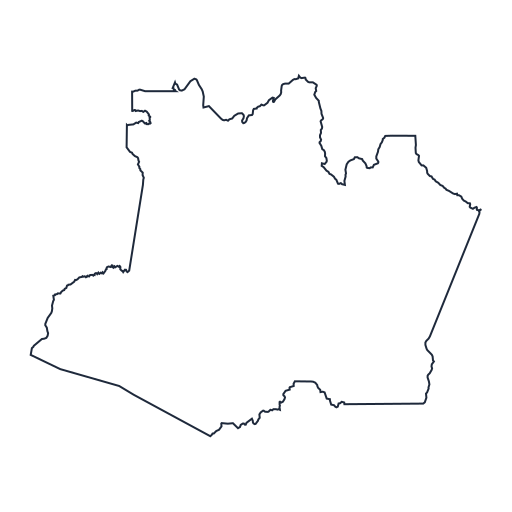 the border of Amazonas
{"feature_id": "BRA-592", "entity_name": "Amazonas", "entity_type": "State", "adm_level": 1, "iso_a3": "BRA", "parent_name": "Brazil", "parent_adm1": "", "projection": "natural_earth1", "projection_center": [-64.603, -3.801], "detail": "fine", "context": "isolated", "style": "outline", "palette": "slate", "viewbox_px": 512, "rotation_deg": 0, "n_neighbors": 0, "source": "natural_earth", "source_scale": "10m", "svg_char_len": 6003}
<svg xmlns="http://www.w3.org/2000/svg" viewBox="0 0 512 512"><path d="M194.4,78.7L196.3,79.4L196.9,80.2L198.9,84.9L201.7,89.2L202.7,91.5L203.8,96.6L203.2,105.2L203.5,107.5L208.9,106.1L221.0,118.6L222.6,119.9L224.1,120.3L226.1,119.8L228.0,120.7L229.4,119.3L232.2,118.5L234.3,115.8L238.1,113.5L241.9,113.2L243.5,114.8L243.9,116.1L243.5,118.2L242.1,120.5L242.2,121.9L243.3,123.2L244.4,122.9L245.6,122.0L246.6,120.4L247.0,118.2L248.8,115.4L252.0,115.0L252.7,114.0L253.1,110.3L253.8,108.9L256.7,108.5L256.8,107.8L258.1,106.7L259.9,106.2L261.4,104.6L263.2,105.3L264.2,105.3L267.5,102.8L268.9,100.2L272.5,97.6L273.7,97.9L272.9,101.0L273.0,101.7L273.5,102.0L274.0,101.8L275.3,99.4L279.7,95.5L280.7,94.1L281.2,92.3L281.1,90.5L281.7,86.0L282.1,85.0L283.2,84.1L285.1,83.6L288.7,83.6L292.9,79.9L294.4,79.1L295.7,79.2L298.2,78.4L298.9,75.8L300.2,77.5L301.4,78.1L305.0,77.6L305.5,78.1L305.7,79.5L308.1,81.9L309.2,82.3L312.8,82.3L316.6,84.8L316.8,85.8L315.7,88.2L316.2,91.0L315.2,92.0L314.3,94.7L316.1,97.9L318.8,100.8L318.8,101.9L320.4,108.4L321.4,111.0L321.5,113.8L323.1,117.9L323.1,118.5L322.7,119.2L321.0,120.5L320.6,121.3L322.2,127.0L321.9,128.6L320.8,130.0L321.0,132.9L320.0,135.2L320.0,137.3L321.1,139.7L320.6,141.3L319.7,142.0L319.5,142.9L321.3,145.8L322.3,149.2L323.9,150.2L324.8,151.8L325.1,153.5L325.0,156.2L326.4,158.1L326.8,160.7L326.6,161.7L324.7,164.0L321.9,163.3L321.7,165.9L323.6,167.1L326.5,170.7L328.4,171.8L329.5,173.9L331.0,174.4L333.9,176.7L335.1,178.8L336.3,179.7L338.0,183.7L339.0,183.9L340.8,183.1L342.0,184.2L344.9,184.9L344.4,180.9L345.6,176.6L345.5,174.8L346.0,173.4L345.4,169.7L346.7,164.3L348.4,161.8L350.4,160.4L353.9,159.1L354.8,157.3L357.4,157.2L358.9,158.3L362.2,159.1L362.7,160.5L365.4,163.4L366.6,166.2L366.7,167.5L367.2,167.9L369.7,168.2L370.7,167.4L372.7,167.4L373.9,164.8L377.9,163.3L378.3,162.6L378.3,161.6L376.3,158.6L376.3,156.4L378.0,151.7L378.3,149.3L379.7,147.0L380.5,144.1L381.8,142.4L382.7,140.2L382.8,139.0L384.5,137.6L385.0,136.2L385.6,135.9L392.2,135.7L415.3,135.8L415.9,145.0L415.5,147.7L415.8,153.0L416.5,154.1L418.4,155.1L419.0,155.9L418.4,160.3L418.8,162.0L421.6,165.4L423.4,165.4L426.2,167.8L427.1,171.0L427.2,172.8L427.7,173.8L429.9,176.1L431.5,176.4L433.0,178.9L434.6,179.6L435.7,181.3L438.3,182.8L440.3,185.0L442.6,185.9L444.3,187.9L445.6,188.6L446.4,189.8L449.0,190.9L453.1,193.5L454.9,194.1L457.0,193.7L457.3,195.2L458.9,195.2L461.3,196.6L462.2,198.8L463.8,200.6L465.7,201.5L467.8,203.2L469.9,203.3L470.2,204.2L469.7,206.8L470.3,207.6L472.9,208.8L474.5,207.7L476.5,207.0L476.9,207.7L476.8,209.4L477.0,209.9L479.1,210.3L481.3,209.2L479.0,211.3L479.5,212.3L479.3,213.9L429.9,336.4L428.6,338.6L426.3,340.9L425.4,342.5L425.4,344.9L426.6,348.8L427.3,350.1L431.8,354.7L432.6,356.4L433.0,360.4L433.9,361.5L431.8,364.3L431.5,366.4L432.1,368.4L431.6,370.0L429.7,373.3L428.2,374.7L427.6,375.8L427.6,377.6L428.9,381.4L429.4,384.4L428.5,387.4L428.6,388.6L427.1,392.4L426.0,393.6L426.4,397.7L424.8,402.3L423.2,403.6L344.4,404.2L344.2,402.5L341.7,401.8L340.2,403.2L338.6,403.5L337.8,406.6L336.5,407.3L335.4,406.8L334.0,405.2L331.2,404.6L329.9,400.4L329.9,399.2L326.7,398.6L324.6,392.4L322.7,391.7L320.5,392.1L320.2,389.8L318.1,387.8L317.4,386.2L317.2,385.0L315.3,382.7L313.1,381.7L311.2,381.5L294.9,381.3L293.6,383.7L293.7,386.0L289.8,387.2L289.5,387.8L289.7,389.6L285.6,390.8L283.3,394.1L283.4,395.3L284.6,396.4L285.0,397.5L284.4,399.3L282.9,401.7L281.1,402.6L280.0,401.7L279.6,402.0L279.6,404.7L279.9,405.6L279.5,407.1L279.9,409.8L278.5,409.2L277.5,409.6L276.0,409.2L273.4,409.2L272.2,410.3L270.4,409.8L268.5,411.7L267.7,411.9L265.0,411.7L263.7,410.7L263.0,410.7L260.7,412.4L259.4,414.4L259.7,417.8L258.3,419.5L258.0,420.7L255.6,423.9L254.6,424.1L253.4,423.3L252.9,422.3L252.8,420.8L251.9,418.7L246.5,422.8L245.7,424.7L244.9,424.7L243.8,423.5L242.9,423.5L240.7,424.9L240.0,427.0L238.0,428.2L232.9,423.2L227.8,423.7L221.7,423.1L221.3,423.6L221.5,426.4L219.0,429.8L216.3,431.0L213.8,433.5L212.6,433.5L211.7,434.9L210.3,436.2L133.8,394.8L119.2,386.0L60.2,369.1L30.7,354.9L31.9,348.1L33.3,346.9L33.8,345.8L41.9,339.0L44.2,338.7L46.3,337.9L47.6,335.8L48.1,333.2L47.4,331.2L46.8,327.6L45.3,325.3L45.3,323.9L47.7,317.9L51.3,312.9L51.9,311.2L52.3,308.4L52.0,305.6L53.2,301.1L53.9,299.8L53.3,295.7L54.9,295.2L55.0,294.5L57.1,294.1L57.7,293.4L60.4,293.5L61.2,292.0L62.9,290.5L64.2,290.1L64.7,288.8L66.3,288.0L67.0,285.6L68.1,285.2L68.4,284.7L70.5,284.5L74.2,281.7L75.1,279.9L76.0,280.1L77.5,279.3L79.3,277.4L82.1,276.9L82.5,276.2L83.6,276.7L84.7,276.3L85.6,277.0L86.9,276.2L86.8,276.8L88.0,276.2L89.2,276.4L89.7,275.3L90.4,275.0L92.7,274.9L93.3,275.6L94.2,274.9L94.6,275.0L94.8,273.7L95.9,273.1L96.5,273.2L97.2,274.1L98.3,272.7L98.8,273.6L99.4,273.9L100.6,272.7L101.9,273.4L102.5,272.3L103.5,273.4L105.4,270.8L105.9,269.4L106.7,269.0L106.6,268.0L107.0,267.2L108.5,266.5L110.6,267.0L111.8,265.3L112.2,265.4L112.1,266.9L113.4,267.7L113.9,266.3L114.3,266.1L115.2,267.3L117.4,265.9L119.1,266.9L119.6,266.0L119.9,266.2L120.4,267.0L120.3,269.3L121.8,270.8L122.5,270.9L123.2,272.1L124.9,269.7L126.0,269.8L126.5,271.3L127.5,272.1L129.2,270.6L142.9,185.0L143.3,179.5L143.8,177.8L142.6,175.1L142.7,172.6L140.4,170.4L140.3,169.1L139.3,167.9L139.4,166.8L137.9,164.4L139.1,161.8L138.5,160.6L138.1,158.2L137.4,157.2L134.9,156.1L132.6,154.0L132.0,152.7L130.0,151.9L126.6,147.3L126.9,125.0L127.3,125.4L128.4,124.9L133.4,124.4L136.2,122.6L138.2,123.1L138.8,122.0L141.8,120.7L142.8,121.2L144.8,123.4L146.3,123.0L146.5,124.1L148.3,124.2L149.0,123.5L149.9,123.7L150.6,123.1L150.2,121.9L149.2,120.8L149.8,120.0L149.6,117.4L150.2,117.1L150.2,116.7L148.7,115.5L148.9,114.4L146.7,111.6L145.0,110.7L143.3,111.9L141.8,110.9L140.1,111.1L138.1,110.5L135.7,111.0L135.4,110.2L134.5,110.0L132.7,111.0L132.2,110.9L132.1,91.6L133.3,91.6L135.3,90.7L137.4,90.7L139.2,89.7L140.2,89.7L145.1,91.2L175.7,91.2L175.1,90.8L174.9,89.9L173.8,89.7L173.5,88.2L172.7,88.0L175.0,82.4L175.4,83.7L177.1,84.6L179.1,89.5L180.0,90.3L181.8,90.6L184.5,89.3L190.4,81.2L194.4,78.7Z" fill="none" stroke="#1e293b" stroke-width="2"/></svg>